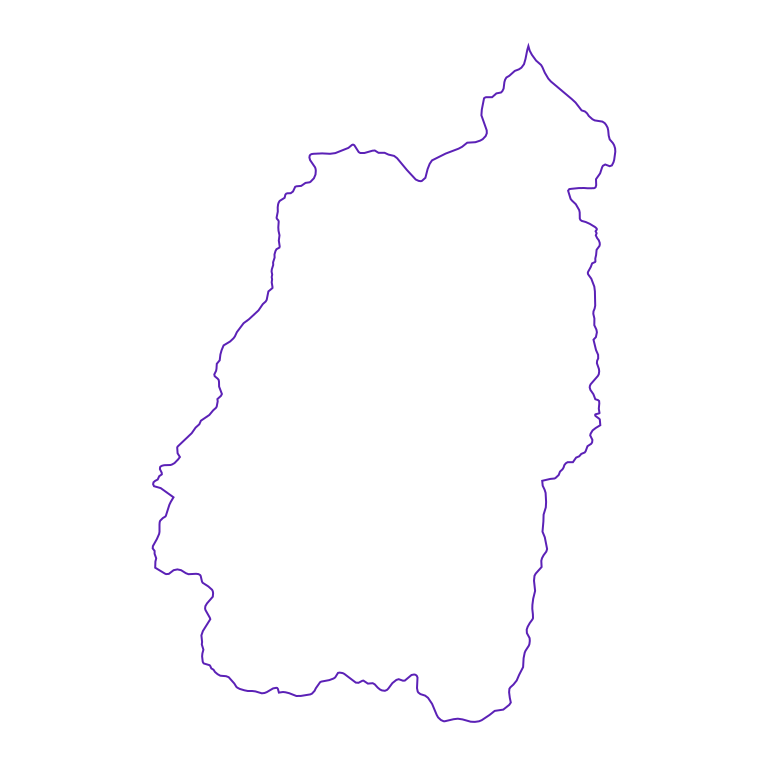 the district of Ban Luang, Nan, Thailand
{"feature_id": "78962969B2609342993216", "entity_name": "Ban Luang", "entity_type": "district", "adm_level": 2, "iso_a3": "THA", "parent_name": "Thailand", "parent_adm1": "Nan", "projection": "robinson", "projection_center": [100.45, 18.857], "detail": "fine", "context": "isolated", "style": "outline", "palette": "violet", "viewbox_px": 768, "rotation_deg": 0, "n_neighbors": 0, "source": "geoboundaries", "source_scale": "gbopen_adm2", "svg_char_len": 6099}
<svg xmlns="http://www.w3.org/2000/svg" viewBox="0 0 768 768"><path d="M510.8,702.5L509.8,697.8L509.1,692.3L509.4,688.8L510.4,687.3L513.4,684.6L516.7,680.5L519.1,674.9L523.1,667.1L523.6,658.2L524.7,652.7L525.5,650.8L528.8,645.7L529.4,644.1L529.8,640.9L529.6,638.1L526.9,633.1L526.7,629.6L527.7,626.7L529.8,623.0L532.5,619.3L533.0,618.1L532.9,614.4L532.3,608.8L532.4,604.9L533.2,598.7L535.1,590.9L534.0,580.7L534.5,575.8L535.7,573.6L541.6,567.0L541.3,560.8L542.0,558.2L543.6,555.2L546.3,551.6L547.1,549.0L544.8,537.3L542.5,531.7L543.4,521.4L543.6,514.6L545.8,507.4L546.1,502.0L545.6,492.9L544.6,489.7L542.7,485.7L542.2,480.8L550.4,478.9L554.5,478.5L555.5,478.0L558.7,475.0L560.0,471.6L562.5,469.3L563.6,467.5L564.3,465.2L565.8,463.3L567.6,462.2L572.9,462.2L576.1,457.6L579.2,456.3L581.3,453.9L584.7,452.5L585.6,451.3L587.5,446.2L591.2,443.8L592.1,442.4L592.4,439.9L590.2,435.4L590.6,433.7L592.6,430.4L595.7,428.0L600.3,425.2L599.8,419.5L599.3,418.8L595.5,416.0L595.1,415.0L595.5,414.3L599.0,413.4L599.5,413.0L598.8,408.7L599.3,403.4L599.1,401.0L598.0,400.1L595.3,399.2L593.4,394.2L590.4,389.9L589.7,387.5L589.9,385.9L590.6,384.3L597.9,375.9L598.8,374.2L599.2,371.3L598.9,368.9L596.9,363.2L597.1,360.8L598.2,358.4L598.1,354.8L596.0,350.0L593.5,339.7L595.9,337.1L596.9,332.3L596.4,329.6L594.3,325.2L594.4,318.5L593.3,313.8L593.5,311.3L594.6,308.6L595.2,305.6L594.9,291.4L594.3,286.6L591.3,278.7L588.1,274.3L587.8,272.9L588.1,271.8L590.8,266.9L592.1,263.4L595.1,262.0L595.4,261.5L595.3,258.5L596.1,255.0L596.6,249.8L599.5,245.9L599.8,244.5L599.7,242.8L598.8,240.3L597.2,238.2L595.8,235.4L596.6,233.2L595.6,231.2L596.8,229.6L596.7,228.6L595.3,227.2L589.7,223.8L585.7,222.0L581.7,220.9L580.4,219.9L579.8,218.6L579.7,212.5L579.2,210.1L575.8,204.2L571.9,200.5L570.6,198.9L568.1,190.7L569.3,189.1L571.5,188.8L578.6,188.1L584.0,188.0L588.0,188.3L594.0,188.2L594.9,187.8L595.6,187.2L596.2,185.2L596.0,179.2L600.1,173.4L602.1,167.3L602.9,165.8L605.2,164.5L609.7,166.2L611.9,165.4L613.5,162.2L614.2,159.7L615.3,151.7L615.1,148.4L614.1,145.2L612.9,143.1L609.7,139.4L608.7,135.6L608.2,130.4L607.6,127.7L606.1,124.9L604.7,123.1L602.4,121.6L594.7,120.4L592.4,119.2L588.8,116.0L587.1,113.4L585.8,112.2L584.8,111.4L581.6,110.4L575.5,102.5L571.7,99.0L550.9,81.5L548.3,78.6L544.8,72.7L542.4,67.2L541.1,65.0L536.1,60.6L531.9,54.8L529.7,50.7L528.4,46.1L527.3,49.8L525.5,58.9L524.0,64.2L521.4,67.7L518.8,69.4L514.8,70.9L509.3,75.8L506.4,77.5L505.1,79.7L504.4,82.1L503.6,88.6L502.3,91.2L501.0,92.5L496.4,93.4L492.1,97.2L486.0,97.2L484.4,97.9L484.0,98.5L481.8,109.7L481.4,115.3L486.7,130.3L486.8,133.2L485.7,136.0L482.7,139.2L480.2,140.6L475.4,142.2L467.2,142.7L462.1,146.8L458.5,148.7L445.6,153.6L432.0,160.4L429.7,163.8L427.6,169.1L425.4,177.8L421.9,180.9L420.9,181.2L418.7,180.9L415.7,179.5L407.0,170.1L397.1,158.2L394.1,155.9L388.5,154.6L384.6,152.8L378.5,152.8L374.8,150.5L372.5,150.7L364.4,153.0L360.3,153.0L358.7,152.1L354.3,145.2L353.0,144.6L351.9,145.0L348.4,147.9L335.3,153.1L330.0,153.8L322.2,153.4L313.4,153.8L311.5,154.1L310.3,154.8L309.7,155.7L309.4,157.5L310.1,160.1L315.1,167.4L315.6,169.0L315.8,170.7L315.5,174.5L313.9,178.3L310.5,181.8L309.6,182.3L305.5,182.9L301.2,185.9L296.5,186.3L295.2,186.8L293.0,191.5L290.7,193.2L287.3,193.3L286.2,193.7L285.4,194.6L284.6,197.8L279.7,200.9L278.7,202.5L278.1,204.3L277.7,207.4L277.8,211.6L276.6,217.6L276.8,218.6L278.4,220.5L278.7,221.7L278.3,227.3L278.5,230.7L279.5,235.3L278.8,240.6L279.7,246.4L279.4,247.6L276.5,249.2L275.5,251.0L274.5,254.4L274.6,257.6L273.1,262.3L273.2,265.0L271.8,269.4L271.6,271.6L272.2,274.6L271.7,277.1L272.1,279.3L271.7,282.3L272.5,287.1L272.4,288.1L268.4,291.4L266.7,299.8L265.7,301.5L262.8,304.1L258.5,310.4L248.9,319.3L243.6,323.2L236.9,332.1L234.9,336.4L233.5,338.3L230.1,341.5L223.6,345.4L221.6,350.2L220.4,354.5L219.7,360.3L216.8,363.8L216.5,368.6L216.1,370.8L214.3,374.4L214.7,376.2L217.8,378.8L218.7,380.0L219.0,381.8L219.1,386.6L221.9,394.0L221.0,395.8L217.4,399.1L217.7,401.3L216.7,406.6L216.0,407.8L213.2,410.3L209.3,415.0L200.9,420.7L199.3,424.3L195.6,427.6L191.7,433.2L177.6,446.6L177.2,447.6L177.6,453.3L179.9,457.0L178.2,459.3L174.5,463.1L172.0,464.5L170.5,465.0L164.2,465.2L162.1,465.7L160.6,466.5L160.1,467.1L159.9,469.1L161.7,472.7L161.8,474.4L159.2,476.2L157.7,479.5L155.1,480.9L153.5,482.3L153.1,484.2L154.0,486.2L160.7,488.1L173.5,497.3L170.8,501.8L169.4,504.7L165.9,515.7L165.4,516.5L162.8,518.1L160.2,520.7L159.7,522.1L159.5,524.5L159.5,531.8L159.1,534.0L156.9,539.0L152.9,546.1L152.7,548.4L154.6,550.9L154.6,553.8L156.2,558.3L155.4,561.6L155.2,567.7L165.1,573.7L166.1,574.1L168.8,573.9L173.6,570.2L177.4,569.4L181.1,570.2L185.9,573.2L188.5,574.2L196.1,573.8L198.5,574.1L200.2,575.1L200.7,576.0L202.0,581.6L202.7,582.8L208.3,586.4L212.1,589.8L212.8,591.3L213.1,593.2L212.8,596.7L207.0,603.4L205.4,606.1L205.2,607.4L205.1,608.7L205.5,610.1L209.8,617.7L210.3,619.2L202.9,631.0L201.4,635.4L202.1,642.0L201.8,644.4L203.4,649.7L202.4,653.4L202.1,656.3L202.7,661.5L203.1,662.6L203.9,663.5L209.6,665.2L210.3,666.1L211.3,668.4L213.5,669.7L215.0,672.0L217.6,674.2L220.3,675.7L226.1,676.2L228.7,677.2L234.3,683.5L236.4,686.9L237.4,687.7L239.7,688.9L244.4,690.3L247.8,691.0L252.2,691.0L255.4,691.4L261.8,693.3L264.5,693.0L266.8,692.1L273.1,688.4L276.3,687.8L277.2,688.0L277.9,688.9L278.9,692.6L283.0,692.0L285.6,692.3L289.2,693.2L296.4,696.0L301.0,695.9L310.3,694.4L312.0,693.6L314.6,690.8L315.8,688.3L320.1,682.2L321.3,681.6L329.3,680.1L333.6,678.5L335.2,677.4L338.0,672.9L339.7,672.6L342.7,673.1L344.3,673.9L355.8,682.6L358.5,682.8L362.3,680.8L363.4,680.6L367.9,683.6L372.7,683.2L374.7,684.3L377.7,687.6L380.0,689.5L381.9,690.4L384.9,690.8L387.0,689.9L388.3,688.6L392.4,683.1L396.4,679.9L398.7,679.2L403.0,680.7L404.8,680.6L411.5,675.0L414.1,674.5L415.5,674.8L416.7,675.7L417.5,677.5L417.0,688.1L417.7,691.5L418.3,692.5L420.4,694.1L425.1,695.6L428.0,697.8L432.1,703.9L436.7,714.9L438.1,717.4L440.9,720.0L443.5,721.2L444.6,721.3L453.6,719.2L457.8,718.7L462.5,719.4L470.7,721.7L474.8,721.9L479.0,721.3L481.7,720.2L489.5,715.0L494.7,710.9L503.3,709.6L509.3,704.8L510.8,702.5Z" fill="none" stroke="#5b21b6" stroke-width="2"/></svg>